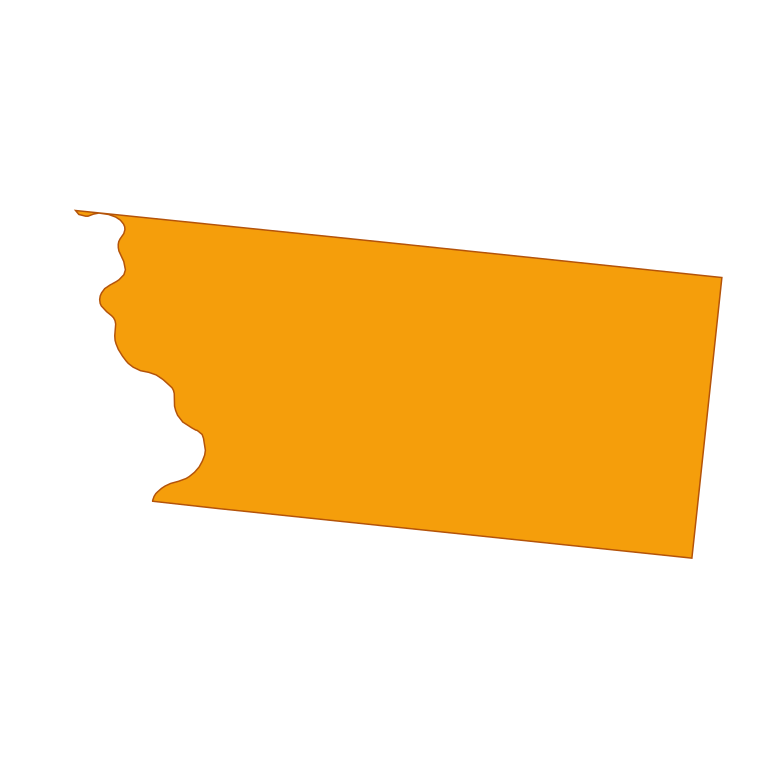 Otoe, Nebraska, United States of America, rotated 186°
{"feature_id": "52423323B62260042074042", "entity_name": "Otoe", "entity_type": "district", "adm_level": 2, "iso_a3": "USA", "parent_name": "United States of America", "parent_adm1": "Nebraska", "projection": "natural_earth1", "projection_center": [-95.833, 40.654], "detail": "fine", "context": "isolated", "style": "filled", "palette": "amber", "viewbox_px": 768, "rotation_deg": 186, "n_neighbors": 0, "source": "geoboundaries", "source_scale": "gbopen_adm2", "svg_char_len": 1152}
<svg xmlns="http://www.w3.org/2000/svg" viewBox="0 0 768 768"><g transform="rotate(186 384 384)"><path d="M401.1,525.0L708.9,524.3L705.2,520.7L698.2,519.7L695.8,520.0L690.7,522.6L685.4,524.2L675.6,523.8L668.3,522.0L663.3,519.4L659.8,515.9L658.3,513.2L657.8,510.4L658.5,506.4L661.7,500.6L662.7,497.8L662.9,495.1L662.5,491.8L661.5,488.5L655.6,478.6L653.1,470.5L654.1,465.5L658.4,460.0L660.9,457.9L666.7,453.9L671.7,449.7L674.4,445.1L675.4,442.0L675.6,438.3L674.7,434.5L673.3,432.1L667.5,427.0L662.0,423.4L659.9,421.6L658.1,418.9L657.1,415.5L656.8,403.8L656.0,399.3L654.7,396.0L651.8,390.6L646.9,384.3L642.9,380.0L640.4,377.7L635.2,374.5L627.6,371.8L619.1,371.0L611.5,369.2L604.7,365.6L603.6,364.9L594.4,358.1L592.7,355.6L591.6,352.6L590.0,340.1L588.4,335.8L586.0,331.3L580.1,325.1L570.6,320.3L566.4,318.5L564.9,318.3L559.6,314.8L557.8,311.0L554.7,299.4L554.9,294.6L556.6,288.3L559.2,282.1L563.2,276.4L568.1,271.5L571.0,269.3L578.1,265.8L585.8,262.8L591.1,259.6L594.4,256.9L597.8,253.2L599.5,251.1L600.9,248.2L601.9,244.0L601.8,243.2L535.0,242.8L59.6,243.0L59.5,274.4L59.1,525.2L401.1,525.0Z" fill="#f59e0b" stroke="#b45309" stroke-width="1.5"/></g></svg>